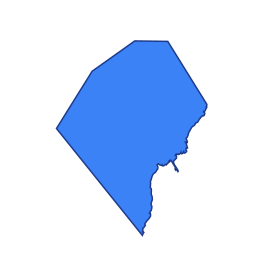 Ngermetengel, Palau (Natural Earth projection), rotated 201°
{"feature_id": "81905179B39687877092944", "entity_name": "Ngermetengel", "entity_type": "district", "adm_level": 2, "iso_a3": "PLW", "parent_name": "Palau", "parent_adm1": "", "projection": "natural_earth1", "projection_center": [134.5, 7.522], "detail": "fine", "context": "isolated", "style": "filled", "palette": "blue", "viewbox_px": 256, "rotation_deg": 201, "n_neighbors": 0, "source": "geoboundaries", "source_scale": "gbopen_adm2", "svg_char_len": 2251}
<svg xmlns="http://www.w3.org/2000/svg" viewBox="0 0 256 256"><g transform="rotate(201 128 128)"><path d="M76.1,32.9L76.1,34.0L76.0,35.0L76.0,35.7L75.8,36.2L76.6,36.6L77.3,36.3L77.5,37.2L77.5,37.9L77.8,38.9L78.3,39.3L78.0,40.1L77.5,40.8L77.2,42.3L76.9,43.4L77.9,44.2L77.9,44.9L77.6,45.9L77.4,46.8L77.0,48.4L76.0,50.7L75.7,52.2L75.4,53.6L75.8,55.1L76.4,56.1L77.4,56.0L77.1,57.2L77.4,58.2L76.8,59.0L76.9,60.3L77.1,61.7L77.5,63.1L78.2,64.1L79.1,64.7L79.3,66.0L79.5,67.4L79.6,68.6L79.5,69.6L79.8,70.4L80.6,72.0L81.4,73.3L82.3,74.0L83.0,75.6L83.4,76.8L83.8,78.2L84.6,79.7L85.8,80.3L86.0,80.9L87.1,84.5L87.9,86.1L87.9,88.7L88.2,91.0L88.1,93.0L87.8,94.5L87.2,95.4L86.3,96.9L86.1,98.9L85.6,100.0L85.8,101.3L86.1,102.3L86.7,103.0L87.7,104.2L87.3,104.8L86.7,105.6L85.5,105.0L84.2,105.0L83.5,105.2L83.2,105.9L82.6,105.1L81.7,105.1L81.0,105.8L80.4,106.5L80.1,107.4L79.0,107.3L78.7,108.3L78.6,108.7L78.2,109.5L77.3,111.0L78.0,111.6L77.3,112.9L76.7,112.3L76.2,113.2L69.5,108.0L69.4,106.6L68.4,105.7L67.5,106.4L65.8,105.2L65.7,105.8L66.9,107.0L71.9,110.6L73.4,112.5L73.5,113.6L73.1,114.5L72.5,116.0L72.0,117.1L72.2,118.2L72.9,119.4L73.4,119.6L74.0,119.4L73.7,121.0L72.6,121.1L71.9,121.6L71.6,121.3L71.3,121.4L70.4,122.3L69.8,123.1L69.8,124.2L69.4,123.6L68.8,123.2L68.3,123.4L67.8,124.3L67.5,125.9L66.7,124.7L66.0,125.0L65.2,126.1L64.9,127.1L65.0,127.7L66.0,128.3L66.2,129.0L66.5,129.5L66.3,129.8L66.3,130.3L65.6,130.4L65.3,130.6L65.5,131.1L66.0,131.5L66.6,132.4L67.1,132.7L67.4,133.5L67.9,134.1L68.3,134.5L68.8,134.9L67.9,134.8L67.6,135.7L67.7,136.6L68.0,136.8L68.4,136.6L68.3,137.1L68.5,137.4L69.0,138.1L69.7,138.6L69.9,139.2L69.9,139.7L69.5,140.4L69.4,141.1L69.4,142.3L69.5,143.4L69.6,144.5L69.6,145.4L69.6,146.3L69.3,147.5L69.2,148.5L69.0,149.9L68.9,150.8L68.8,151.3L68.3,152.5L67.7,153.4L67.0,154.2L66.8,154.9L66.7,155.3L66.7,155.8L66.8,156.4L66.7,156.9L66.1,157.3L65.6,157.8L65.0,158.6L64.9,159.4L64.7,160.6L64.7,161.7L64.4,162.2L64.1,162.9L64.1,163.9L63.3,164.9L63.0,166.1L62.0,166.3L61.4,167.1L61.4,168.4L61.8,169.6L63.3,170.1L63.3,170.6L62.5,170.8L62.2,171.8L62.1,173.5L61.9,175.5L62.6,175.7L62.4,176.6L62.6,177.8L63.1,178.4L63.1,178.5L121.9,223.1L152.9,211.7L181.8,168.2L194.6,101.9L76.1,32.9Z" fill="#3b82f6" stroke="#1e3a8a" stroke-width="1.5"/></g></svg>